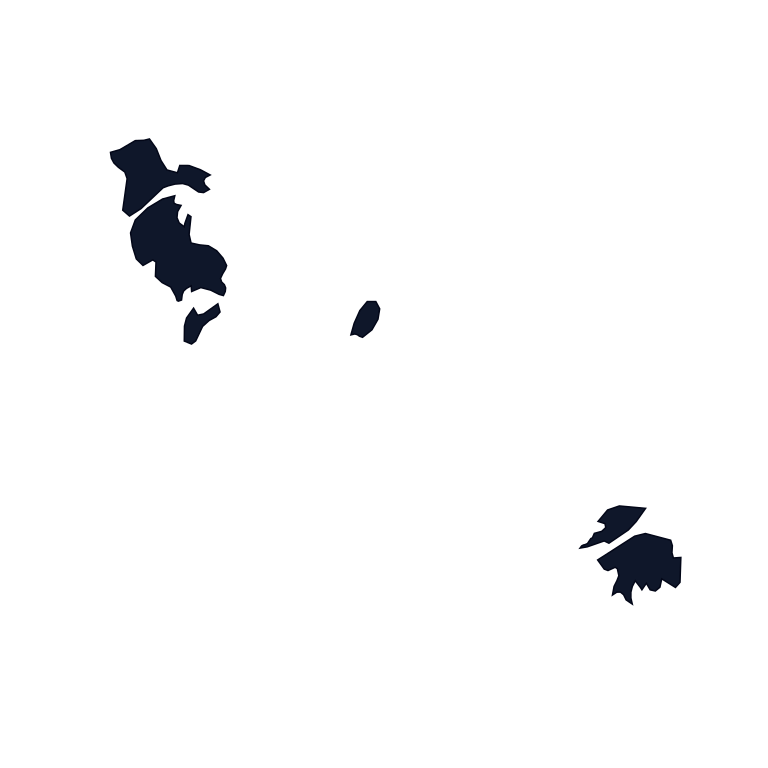 the Province of Central, rotated 214°
{"feature_id": "SLB-1262", "entity_name": "Central", "entity_type": "Province", "adm_level": 1, "iso_a3": "SLB", "parent_name": "Solomon Islands", "parent_adm1": "", "projection": "natural_earth1", "projection_center": [159.827, -9.067], "detail": "fine", "context": "isolated", "style": "filled", "palette": "ink", "viewbox_px": 768, "rotation_deg": 214, "n_neighbors": 0, "source": "natural_earth", "source_scale": "10m", "svg_char_len": 2155}
<svg xmlns="http://www.w3.org/2000/svg" viewBox="0 0 768 768"><g transform="rotate(214 384 384)"><path d="M575.7,377.8L571.9,377.1L569.0,375.1L567.3,371.9L566.6,367.5L570.8,366.1L580.1,364.9L589.8,361.5L595.2,353.1L598.8,357.6L601.2,352.8L602.1,349.0L601.3,345.3L598.8,340.4L600.8,337.7L602.2,337.5L605.8,340.4L615.0,345.1L624.6,344.0L633.7,345.4L641.2,357.6L645.1,357.6L650.1,347.5L659.3,349.2L669.7,357.6L678.6,367.5L681.9,380.9L678.3,397.9L671.0,413.6L662.7,423.1L660.9,418.4L659.1,416.5L656.4,416.8L652.1,418.6L651.5,411.5L648.6,406.1L643.9,403.0L637.6,402.6L638.9,405.8L641.2,414.8L637.6,414.8L629.2,399.0L622.8,393.0L614.7,396.2L606.9,400.4L597.2,400.9L587.8,398.3L580.7,394.2L579.7,390.7L579.4,385.2L578.6,380.1L575.7,377.8ZM657.3,439.5L663.0,437.6L669.0,432.9L673.8,427.5L676.9,423.1L683.5,393.5L688.9,380.9L697.8,382.0L711.8,410.6L717.4,414.8L725.3,415.1L731.5,416.2L736.2,418.7L740.3,423.1L734.0,430.6L726.3,446.7L719.3,451.8L715.5,456.0L704.4,451.8L693.9,444.6L683.6,440.1L673.4,443.6L675.5,451.0L667.8,456.1L655.9,459.0L645.0,460.1L647.6,455.3L647.2,451.5L643.9,448.9L637.6,447.8L640.6,441.8L645.1,439.5L657.3,439.5ZM94.0,354.6L97.9,353.7L108.5,357.6L91.1,398.0L83.7,406.2L59.0,414.8L54.5,411.2L50.9,405.1L46.8,401.6L40.9,406.2L27.7,385.1L28.6,378.3L44.8,377.8L41.6,369.8L43.3,364.1L48.2,362.2L55.1,365.5L55.1,357.6L57.6,358.7L65.7,361.4L64.9,355.0L62.9,349.5L59.6,344.6L55.1,340.4L62.5,340.4L67.5,343.3L71.6,343.7L74.6,341.6L76.6,336.8L80.1,344.9L80.9,351.2L82.1,356.4L87.3,361.4L89.9,361.3L94.0,354.6ZM108.5,377.8L113.7,377.0L124.4,362.7L129.7,357.6L129.6,360.3L128.7,362.0L127.4,363.4L126.1,365.5L126.1,371.5L125.2,373.0L126.1,377.8L121.1,383.6L119.9,389.0L122.7,391.8L129.7,389.8L128.2,404.6L120.7,414.5L97.6,427.2L98.0,410.9L99.8,399.6L108.5,377.8ZM566.6,357.6L560.2,352.0L560.9,345.8L564.5,338.8L566.6,330.3L564.2,314.4L565.9,309.5L573.6,307.9L581.8,320.4L584.6,328.3L584.3,340.4L577.0,336.8L572.7,341.2L566.6,357.6ZM436.9,447.8L429.6,443.9L425.2,434.3L424.3,422.2L427.9,410.7L431.1,409.9L433.6,410.0L436.1,409.2L438.9,406.2L442.7,417.7L445.1,431.4L444.0,443.0L436.9,447.8Z" fill="#0f172a" stroke="#020617" stroke-width="1.5"/></g></svg>